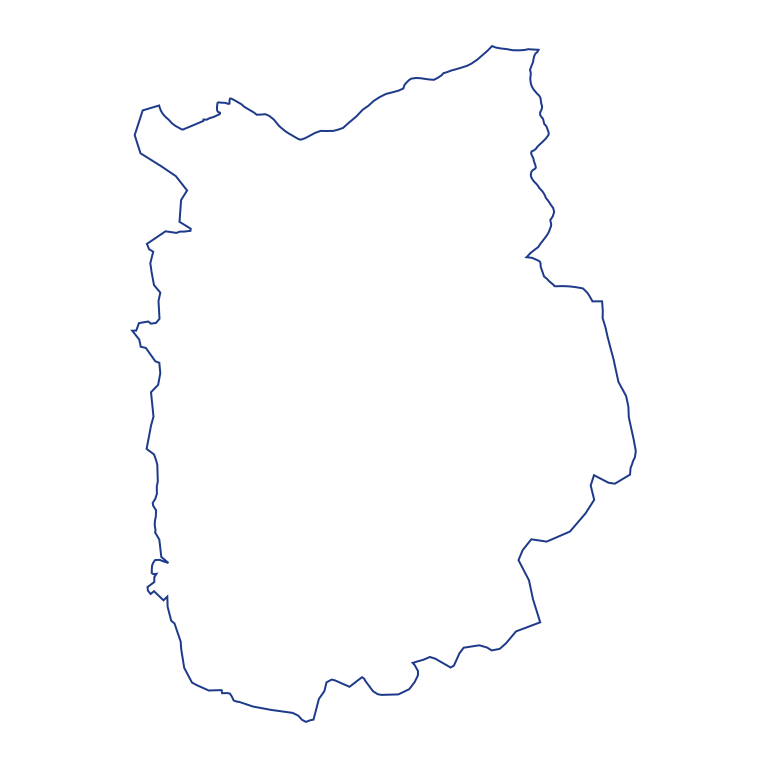 outline of Moneasa, Bihor, Romania
{"feature_id": "2599482B38524178842533", "entity_name": "Moneasa", "entity_type": "district", "adm_level": 2, "iso_a3": "ROU", "parent_name": "Romania", "parent_adm1": "Bihor", "projection": "orthographic", "projection_center": [22.292, 46.464], "detail": "fine", "context": "isolated", "style": "outline", "palette": "blue", "viewbox_px": 768, "rotation_deg": 0, "n_neighbors": 0, "source": "geoboundaries", "source_scale": "gbopen_adm2", "svg_char_len": 5246}
<svg xmlns="http://www.w3.org/2000/svg" viewBox="0 0 768 768"><path d="M635.8,451.1L634.3,442.9L633.8,440.1L629.4,420.0L628.8,417.1L628.4,407.0L627.3,401.5L626.1,396.1L625.0,394.0L618.4,381.8L616.0,370.7L613.6,359.5L610.5,348.0L607.7,337.3L605.4,327.1L602.6,318.1L602.8,311.0L602.1,301.3L596.5,301.3L592.5,301.4L591.3,299.2L589.1,295.4L587.2,292.6L585.0,290.4L583.0,288.5L581.4,288.1L577.7,287.5L575.3,287.1L572.2,286.7L569.3,286.4L565.8,286.2L562.2,286.1L558.2,286.2L555.7,286.3L554.4,286.1L553.6,284.9L551.5,283.2L548.8,280.9L547.3,279.1L545.4,277.6L544.0,276.4L543.3,274.2L542.1,270.8L541.1,268.0L540.6,266.1L540.6,264.3L540.3,262.4L539.6,261.4L537.3,260.1L535.5,259.3L533.1,258.3L531.3,257.7L526.5,257.2L527.6,256.1L530.3,253.2L534.2,250.1L535.9,248.8L538.1,247.2L540.4,243.8L545.9,236.7L548.1,233.4L549.3,230.8L550.1,228.3L550.9,226.7L551.2,224.6L550.9,222.8L550.4,221.0L550.4,219.7L551.2,218.8L551.8,217.8L552.7,216.5L553.4,214.4L554.0,212.6L554.1,211.5L553.6,209.6L553.0,207.7L551.1,205.3L550.0,203.5L548.9,201.8L547.2,199.5L545.8,197.9L545.3,196.2L543.8,193.4L542.2,191.1L540.4,189.2L539.0,187.6L538.1,186.0L536.7,184.2L535.2,182.7L533.8,181.3L532.9,180.0L531.8,178.4L531.2,177.0L530.8,174.9L531.3,172.1L532.2,170.6L533.5,169.7L535.3,168.5L535.8,167.6L535.5,165.7L534.7,163.4L533.9,161.0L533.4,158.6L532.6,156.9L531.7,155.0L531.1,153.1L531.6,151.4L533.9,150.4L535.9,148.8L537.6,146.5L539.7,144.5L542.6,141.8L545.8,138.6L548.6,134.8L548.7,132.7L547.9,130.4L546.8,127.2L545.9,125.7L544.4,124.2L543.9,122.6L543.3,119.9L542.8,118.5L541.6,117.2L540.3,115.3L540.1,114.0L540.2,112.4L541.4,109.8L542.1,107.6L542.0,105.8L541.2,103.5L540.8,100.2L540.5,98.0L539.1,95.5L537.5,94.1L535.0,91.2L533.6,89.5L531.6,86.0L530.8,83.4L530.4,80.1L530.3,77.6L530.7,75.9L530.7,72.3L530.0,70.1L531.3,66.3L532.2,64.2L533.0,62.0L533.5,59.2L534.3,55.8L534.5,55.5L535.1,54.3L535.5,53.5L537.3,52.1L538.0,50.7L538.5,49.8L530.9,49.4L528.3,49.2L524.4,50.0L521.2,50.2L520.9,50.2L519.1,50.3L517.1,50.3L512.6,50.2L506.1,49.0L501.1,48.5L495.7,47.5L492.0,46.1L489.8,48.4L487.0,51.2L477.2,59.7L471.6,63.5L469.5,64.6L467.3,65.7L461.6,67.6L455.4,69.4L451.7,70.4L446.6,72.3L443.6,73.1L441.3,75.5L437.3,78.1L433.9,79.8L429.6,79.5L425.0,78.9L420.6,78.2L415.7,78.0L411.1,78.7L408.9,80.2L406.7,82.4L404.6,84.7L403.3,88.5L398.6,90.6L390.6,92.8L386.1,93.9L380.0,96.9L373.6,101.0L368.6,105.6L362.7,109.7L356.5,116.3L348.9,122.7L343.1,127.9L337.0,130.0L333.1,130.9L326.5,131.0L320.6,130.9L314.8,133.0L309.5,135.9L304.9,138.3L300.6,139.7L298.1,138.9L288.5,133.3L285.3,131.2L284.4,130.5L279.1,126.0L273.8,119.5L269.1,115.8L265.3,114.2L260.7,114.6L256.6,114.7L254.1,112.6L250.3,110.4L244.1,106.7L241.8,104.5L236.5,101.4L235.3,100.7L231.6,98.7L230.0,98.6L229.8,99.5L229.6,100.2L229.5,100.6L229.5,102.2L229.5,103.6L228.3,103.9L226.6,103.3L225.2,102.8L221.4,102.7L218.6,102.3L217.5,103.0L217.1,106.0L216.9,108.4L217.2,110.6L218.0,111.9L220.0,112.7L220.0,113.7L218.9,114.6L217.2,115.3L213.6,117.0L209.7,118.1L206.6,119.7L204.9,119.6L203.5,119.5L203.4,120.2L203.4,120.9L197.1,123.6L196.4,123.9L183.3,129.4L181.9,129.5L178.9,127.8L175.6,126.0L171.9,123.3L169.2,120.2L165.4,116.8L163.1,114.3L161.2,111.3L160.5,109.7L160.2,108.9L159.7,107.5L159.1,105.5L142.7,110.4L134.7,135.1L136.5,140.8L140.5,153.3L161.3,166.3L175.9,176.2L187.1,190.5L181.1,200.0L179.5,221.8L190.7,228.7L190.5,230.8L184.1,231.6L181.2,231.6L180.0,231.6L176.3,232.9L165.5,231.3L146.9,243.9L149.1,249.2L153.2,251.7L150.3,263.2L151.6,272.2L154.0,285.1L160.3,292.6L158.5,301.1L159.5,318.8L156.0,322.9L151.0,323.7L148.2,321.5L139.0,323.1L136.2,330.6L132.2,330.7L139.2,339.5L140.8,346.8L145.8,347.9L155.3,361.3L159.3,362.8L160.3,373.2L158.1,384.9L151.0,392.2L152.5,406.9L153.5,416.6L151.1,425.3L146.6,448.9L154.0,454.4L156.1,460.2L157.3,464.9L157.8,481.6L156.8,486.2L156.9,493.9L155.2,499.0L152.7,502.9L153.2,505.8L156.1,510.3L155.8,516.7L154.9,521.0L154.7,525.1L155.5,530.1L155.1,532.4L159.3,539.6L159.9,544.6L161.3,556.9L168.4,563.0L161.3,560.6L160.0,559.9L155.2,560.0L154.3,561.2L153.2,562.8L152.1,565.5L151.8,569.6L151.7,573.0L153.3,574.2L156.5,573.8L154.3,577.2L154.3,582.0L147.5,587.1L147.9,590.6L150.6,594.0L154.0,591.2L163.5,600.3L167.3,596.6L167.6,606.7L171.2,620.7L174.5,623.5L180.7,641.7L181.2,649.2L184.2,667.8L192.0,682.6L196.7,685.1L208.7,690.5L221.1,690.1L221.9,690.5L221.8,692.0L222.1,693.2L227.8,693.1L229.9,693.6L231.7,696.3L233.7,700.5L237.1,701.7L239.2,701.9L252.8,706.5L271.1,709.9L292.7,712.9L298.3,715.7L302.0,719.8L306.0,721.9L310.4,720.2L313.5,719.6L318.9,698.9L324.4,691.1L326.5,682.4L331.6,679.6L334.8,680.3L349.5,686.8L362.0,677.2L364.3,678.8L365.1,680.6L373.0,691.2L377.7,694.2L381.5,694.9L398.4,694.4L409.2,689.2L414.7,682.0L417.9,675.4L418.0,671.1L414.8,665.3L412.7,662.9L414.0,662.6L416.8,661.6L423.3,659.8L429.8,657.0L435.3,658.7L450.6,667.5L453.9,665.6L459.6,653.0L463.7,647.7L479.3,645.3L487.0,647.5L491.7,650.4L499.7,648.9L506.2,643.1L516.0,631.4L540.2,622.3L533.0,599.3L529.0,580.4L518.5,560.1L522.7,550.1L531.3,539.3L546.7,541.6L570.0,531.5L585.5,513.4L594.2,499.8L590.7,485.5L594.0,475.2L608.4,482.7L614.9,483.7L622.5,479.1L628.4,475.6L630.0,474.7L630.2,472.5L630.6,467.8L631.9,464.7L632.0,464.4L633.0,461.2L634.9,457.2L635.1,455.8L635.8,451.1Z" fill="none" stroke="#1e3a8a" stroke-width="2"/></svg>